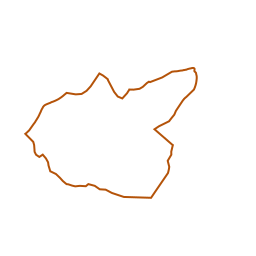 As Sudah, Amran, Yemen, rotated 52°
{"feature_id": "15242507B6956753308423", "entity_name": "As Sudah", "entity_type": "district", "adm_level": 2, "iso_a3": "YEM", "parent_name": "Yemen", "parent_adm1": "Amran", "projection": "mercator", "projection_center": [43.761, 15.968], "detail": "fine", "context": "isolated", "style": "outline", "palette": "amber", "viewbox_px": 256, "rotation_deg": 52, "n_neighbors": 0, "source": "geoboundaries", "source_scale": "gbopen_adm2", "svg_char_len": 2879}
<svg xmlns="http://www.w3.org/2000/svg" viewBox="0 0 256 256"><g transform="rotate(52 128 128)"><path d="M69.4,212.5L72.1,212.2L72.8,212.1L80.6,211.2L83.5,212.4L83.7,212.5L87.9,215.3L88.1,215.5L88.4,215.7L89.4,216.3L92.5,216.9L96.2,215.7L96.5,211.6L101.4,211.4L105.8,212.1L108.6,213.7L114.3,215.9L114.6,215.7L119.9,213.1L125.4,212.3L129.6,212.0L133.5,211.2L134.5,210.9L135.4,209.9L136.4,209.2L139.0,207.5L141.5,205.5L143.9,201.6L147.9,197.1L147.8,193.8L153.1,189.8L158.9,188.0L162.8,183.6L164.3,182.9L168.8,180.9L169.4,180.6L175.3,176.7L179.8,173.7L197.2,152.8L195.1,146.3L188.1,124.2L185.7,121.2L184.0,119.4L178.3,116.9L175.7,110.3L173.3,108.5L170.5,105.0L169.1,103.2L168.9,103.3L145.3,107.9L145.7,102.5L148.0,91.4L147.9,91.3L146.9,87.3L146.0,83.3L144.0,79.7L141.8,73.1L140.0,67.6L139.8,66.4L139.6,66.0L139.6,65.7L139.5,64.8L139.5,64.5L139.4,64.1L139.4,63.7L139.5,63.4L139.4,62.6L138.3,52.3L138.0,51.9L137.8,51.4L137.5,51.0L137.1,50.2L136.7,49.7L136.4,49.2L136.1,48.7L135.7,48.2L135.2,47.6L135.1,47.3L134.9,47.1L134.7,46.9L134.5,46.6L134.0,46.1L133.8,45.9L133.5,45.5L133.1,45.2L132.9,44.9L132.6,44.7L132.4,44.4L132.2,44.2L131.9,44.0L131.5,43.6L131.3,43.4L131.0,43.1L130.7,42.9L130.3,42.6L129.8,42.2L129.6,42.1L129.3,41.9L128.9,41.7L128.7,41.6L128.4,41.5L128.0,41.3L127.7,41.2L127.4,41.0L127.0,40.8L126.8,40.7L126.4,40.5L126.1,40.5L125.7,40.5L125.1,40.6L124.7,40.7L124.4,40.7L124.2,40.7L123.8,40.5L123.4,40.0L123.0,39.7L122.8,39.5L122.6,39.3L122.3,39.1L122.0,39.1L121.7,39.1L121.2,39.3L120.9,39.6L120.7,39.8L120.5,40.1L120.2,40.5L120.1,40.9L119.8,41.4L119.7,41.8L119.5,42.2L119.3,42.5L119.1,42.9L119.0,43.2L118.8,43.6L118.6,44.1L118.4,44.5L118.3,44.9L118.2,45.2L118.1,45.5L118.0,45.9L117.9,46.3L117.6,46.6L117.5,47.0L117.3,47.3L117.1,47.7L117.0,48.0L116.7,48.3L116.6,48.6L116.5,48.9L116.3,49.3L116.1,49.8L115.9,50.1L115.7,50.4L115.5,50.7L115.3,51.0L115.1,51.3L115.0,51.5L114.7,52.1L114.4,52.6L114.1,53.3L113.7,54.0L113.4,54.5L113.2,54.8L113.0,55.2L112.6,55.7L112.4,56.0L112.2,56.2L111.9,56.7L111.7,57.1L111.4,57.5L111.1,58.0L111.0,58.3L110.7,58.7L109.2,70.0L105.4,82.4L104.4,83.0L104.2,85.4L104.7,91.0L104.2,94.8L101.2,100.0L98.5,103.3L98.8,103.7L98.8,104.0L99.0,104.4L99.1,104.9L99.2,105.2L99.3,105.5L99.5,105.9L99.6,106.3L99.7,106.6L99.9,107.0L100.0,107.3L101.2,114.3L96.9,116.7L91.0,116.7L77.9,114.3L77.2,113.9L76.9,114.0L75.4,114.3L71.2,115.4L67.4,117.0L72.2,131.8L73.2,137.8L72.6,143.6L69.3,148.5L62.5,154.8L62.6,156.1L62.6,157.6L62.7,158.9L62.7,160.5L62.7,161.7L62.6,162.9L62.5,164.4L62.3,165.8L62.0,167.2L61.7,168.6L61.4,169.7L61.0,171.1L60.5,172.4L60.3,173.8L59.9,175.0L59.5,176.4L59.1,177.8L58.8,179.4L58.8,180.5L59.1,181.9L59.8,183.4L60.2,184.5L60.9,185.8L61.7,187.2L62.3,188.5L62.9,189.6L63.5,190.8L64.1,192.1L64.6,193.5L65.1,194.8L65.7,196.5L66.2,197.7L66.5,198.8L66.8,200.0L69.0,207.3L69.4,211.5L69.4,212.5Z" fill="none" stroke="#b45309" stroke-width="2"/></g></svg>